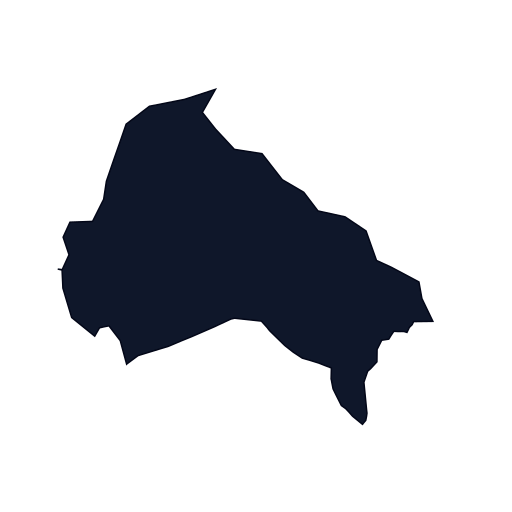 Lympia, Nicosia, Cyprus (orthographic projection), rotated 19°
{"feature_id": "46923920B77915362912232", "entity_name": "Lympia", "entity_type": "district", "adm_level": 2, "iso_a3": "CYP", "parent_name": "Cyprus", "parent_adm1": "Nicosia", "projection": "orthographic", "projection_center": [33.474, 34.986], "detail": "fine", "context": "isolated", "style": "filled", "palette": "ink", "viewbox_px": 512, "rotation_deg": 19, "n_neighbors": 0, "source": "geoboundaries", "source_scale": "gbopen_adm2", "svg_char_len": 1533}
<svg xmlns="http://www.w3.org/2000/svg" viewBox="0 0 512 512"><g transform="rotate(19 256 256)"><path d="M404.8,316.7L400.9,304.9L402.3,294.7L408.6,291.4L409.5,287.3L410.8,282.4L412.6,281.8L415.1,281.1L418.7,279.8L420.7,279.2L423.6,279.1L424.1,275.2L424.2,273.7L426.0,270.1L426.4,266.7L440.9,261.5L444.5,260.2L426.7,242.2L418.5,227.5L387.7,222.6L371.4,221.0L351.9,196.5L327.5,190.0L299.9,193.2L280.4,180.2L256.0,175.3L241.1,165.6L228.4,157.3L200.8,162.2L176.4,149.2L158.5,137.7L163.4,111.6L137.4,131.2L106.5,149.1L90.3,173.6L90.3,191.6L90.2,209.5L90.2,234.0L93.5,252.0L90.2,276.5L69.1,284.6L67.5,301.0L78.8,315.7L77.2,332.0L72.8,332.9L77.2,332.4L83.9,349.3L84.4,350.0L84.3,349.9L84.5,350.1L92.0,360.6L101.7,374.1L101.8,374.2L129.6,384.3L131.4,374.9L135.2,372.5L139.7,369.9L155.2,380.2L168.9,400.4L169.1,400.0L176.9,388.6L179.6,386.6L202.7,369.8L207.6,365.4L212.7,360.8L221.3,353.3L226.1,348.9L240.3,335.9L242.4,333.8L252.8,323.8L256.0,321.8L282.3,315.8L289.5,319.8L290.2,320.2L291.9,321.4L293.8,322.5L311.8,331.0L313.0,331.5L322.5,334.8L333.0,337.5L340.4,337.1L350.3,336.8L356.6,337.1L359.9,337.2L360.5,337.2L361.6,337.2L362.6,337.2L362.6,337.3L363.7,337.3L366.8,347.0L367.0,347.7L367.7,348.8L368.1,349.5L369.1,351.3L372.1,356.5L372.7,357.1L376.6,361.0L384.8,369.0L385.4,369.6L390.5,371.1L394.7,373.3L399.4,376.0L400.7,376.5L411.2,380.4L411.5,380.5L412.1,378.7L413.3,375.7L412.7,371.5L412.1,368.5L411.0,366.2L399.1,340.2L399.1,328.6L401.0,325.3L403.6,319.4L404.8,316.7Z" fill="#0f172a" stroke="#020617" stroke-width="1.5"/></g></svg>